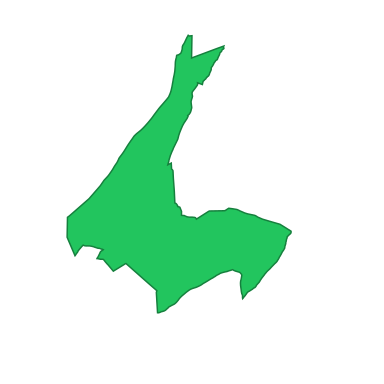 outline of Eldas, North-Eastern, Kenya, rotated 224°
{"feature_id": "3690345B40849356023427", "entity_name": "Eldas", "entity_type": "district", "adm_level": 2, "iso_a3": "KEN", "parent_name": "Kenya", "parent_adm1": "North-Eastern", "projection": "equal_earth", "projection_center": [39.451, 2.194], "detail": "fine", "context": "isolated", "style": "filled", "palette": "green", "viewbox_px": 384, "rotation_deg": 224, "n_neighbors": 0, "source": "geoboundaries", "source_scale": "gbopen_adm2", "svg_char_len": 5978}
<svg xmlns="http://www.w3.org/2000/svg" viewBox="0 0 384 384"><g transform="rotate(224 192 192)"><path d="M264.0,87.3L250.4,72.7L235.0,66.2L231.9,64.9L232.0,65.9L232.2,66.6L232.6,69.6L233.0,70.5L233.2,72.6L233.4,76.0L233.4,78.2L233.2,78.3L232.5,78.5L232.0,78.7L231.4,79.1L230.7,79.7L229.9,80.5L228.9,81.4L228.3,82.0L227.3,82.7L226.6,83.2L226.0,83.5L225.1,84.1L223.9,84.6L223.3,84.9L220.8,86.1L220.1,86.6L219.6,87.1L218.7,87.5L217.9,87.8L217.2,88.2L216.6,88.6L215.8,88.9L215.8,88.2L216.0,87.4L216.3,86.3L216.2,84.9L215.6,83.5L215.4,82.7L215.0,81.6L214.4,79.6L214.3,78.6L214.1,78.1L213.6,78.5L212.2,79.4L211.3,79.9L209.8,81.3L209.2,81.8L208.8,81.9L208.1,81.9L207.3,81.8L206.1,81.6L203.0,81.3L202.1,81.3L193.6,80.4L190.8,91.3L190.1,94.1L189.8,94.7L160.3,96.0L148.7,96.6L147.9,95.0L132.9,81.2L132.2,81.8L131.7,82.6L131.4,83.2L131.2,83.9L130.9,84.5L130.1,85.8L129.3,87.3L129.1,88.0L128.9,88.8L128.9,89.7L128.8,90.8L128.7,91.8L128.8,92.7L128.7,93.6L128.5,94.1L128.2,95.1L127.8,96.4L127.4,97.5L127.1,98.3L126.8,99.3L126.7,100.1L126.6,101.3L126.6,102.3L126.7,103.6L126.8,104.8L127.0,106.1L127.1,107.2L127.1,108.2L127.1,109.5L127.0,110.8L126.7,113.6L126.5,115.8L125.9,119.4L125.7,120.2L125.5,121.0L125.0,122.1L124.5,123.2L123.4,125.2L122.9,126.1L122.4,127.2L121.5,129.5L121.1,130.7L120.8,131.7L120.4,133.9L119.7,136.3L119.2,138.1L118.4,141.3L117.8,143.5L117.4,144.6L117.0,146.4L116.7,147.3L116.6,148.1L116.4,149.2L115.5,151.7L115.3,152.8L114.7,154.1L114.2,155.0L112.9,157.2L111.7,158.9L111.3,159.6L110.8,160.8L109.7,162.6L109.3,163.5L108.9,164.3L107.0,164.8L106.3,165.1L105.4,165.5L102.6,167.0L101.7,167.4L100.6,167.3L99.3,167.2L98.7,166.9L98.2,166.6L97.5,165.5L96.8,164.5L96.0,163.3L95.3,162.0L94.5,160.9L93.5,159.8L92.0,158.4L88.7,155.8L88.0,155.2L87.1,154.5L85.5,153.4L84.6,153.1L83.6,152.5L82.3,151.1L81.5,150.5L81.5,151.2L81.7,152.1L81.7,152.5L81.8,154.3L82.4,158.2L82.4,158.8L82.3,159.1L82.1,159.9L81.8,160.8L81.6,161.7L81.2,163.3L81.0,164.1L80.9,165.6L80.8,165.9L80.5,166.6L80.4,167.0L80.4,167.9L80.5,168.7L80.9,169.9L80.9,170.2L81.0,173.7L81.2,174.8L81.5,175.6L81.6,176.3L82.0,178.6L82.3,181.5L82.4,182.5L82.6,183.6L82.7,185.5L82.8,186.3L82.8,188.0L82.7,189.3L82.6,191.1L82.7,193.0L82.7,193.9L82.7,198.0L82.6,199.2L82.6,199.6L82.6,200.4L82.7,201.4L82.9,202.1L83.1,203.1L83.3,204.1L83.4,204.5L83.9,205.8L84.1,207.0L84.6,208.9L84.9,210.0L85.1,210.5L85.5,211.9L85.6,212.7L85.6,213.3L85.7,213.5L86.3,215.9L86.4,216.1L87.1,217.0L87.7,217.9L87.9,218.5L88.4,219.4L88.6,219.9L89.3,220.6L89.6,221.1L89.9,221.8L90.1,222.0L90.4,222.4L90.7,223.0L91.2,223.7L91.4,224.1L91.7,225.0L92.2,225.6L92.4,225.8L92.4,227.1L92.4,228.2L92.3,229.6L92.2,230.3L92.3,230.9L92.4,231.3L92.8,231.9L93.5,232.6L106.3,229.9L114.8,225.4L122.3,221.5L127.3,219.6L129.5,219.2L130.6,218.8L132.7,217.5L136.8,214.9L139.8,213.4L140.7,213.1L144.4,211.7L145.8,211.3L147.6,210.6L151.5,207.9L154.3,205.8L155.3,201.5L156.8,199.9L166.3,190.4L166.6,189.6L170.0,175.5L170.7,175.8L171.7,175.9L172.4,175.6L174.3,174.1L176.5,172.0L178.2,170.8L179.9,170.1L181.2,169.7L182.0,169.0L183.3,167.9L186.1,170.8L190.1,172.6L190.6,172.5L191.2,172.1L191.6,171.9L191.9,171.7L192.1,171.6L192.4,171.7L192.6,172.0L193.0,172.2L193.8,172.4L194.8,172.6L195.6,172.6L196.5,172.3L196.7,172.2L205.3,180.3L214.8,188.8L217.7,191.5L219.6,193.3L220.7,194.2L221.9,194.4L222.6,194.3L227.0,198.4L228.3,194.8L229.9,197.8L230.7,198.9L232.9,203.2L234.6,207.4L235.1,209.0L235.9,210.8L236.3,212.1L238.5,218.9L239.0,220.3L240.9,223.6L241.5,224.9L242.1,226.1L243.4,229.3L244.8,233.0L245.6,235.9L246.6,241.3L247.4,243.7L247.9,244.1L248.2,244.1L248.0,245.7L248.2,247.1L248.5,248.3L249.2,249.8L250.1,251.3L250.5,252.1L251.0,252.7L254.5,255.5L255.5,256.4L256.7,258.5L257.3,259.8L258.2,261.3L259.3,262.0L260.4,262.9L261.2,264.0L261.4,265.0L261.6,266.7L261.7,268.0L261.9,269.5L262.3,272.1L262.5,272.9L263.0,273.7L263.9,274.4L259.2,276.5L260.7,279.0L260.8,279.3L260.9,279.6L260.9,280.1L260.8,280.4L260.8,281.1L260.9,281.4L260.8,282.2L260.7,282.4L260.7,283.0L260.8,283.4L260.9,283.8L261.0,284.1L261.0,284.6L260.9,284.9L260.9,285.2L261.1,285.7L260.9,286.3L260.8,286.5L260.8,287.3L260.9,287.6L261.1,288.3L261.3,288.8L261.5,289.2L261.8,289.7L262.2,290.5L262.2,291.0L262.3,291.3L262.7,292.1L262.8,292.6L263.2,293.3L263.4,293.6L263.6,293.9L264.1,294.3L264.5,294.8L264.6,295.5L264.7,296.5L265.1,298.2L265.4,299.2L265.6,299.7L265.8,300.1L265.8,300.4L265.9,300.7L265.9,301.3L265.9,301.7L266.2,302.7L266.2,303.1L266.1,303.6L265.9,304.3L265.8,304.6L265.9,304.8L266.1,305.7L266.5,306.3L267.3,308.8L267.5,309.5L267.6,309.8L267.9,310.4L268.0,310.6L268.4,311.2L268.6,311.9L268.6,312.2L268.5,312.5L268.4,313.4L268.6,314.1L268.9,314.8L269.1,315.4L269.1,315.7L269.0,316.3L268.7,316.6L268.7,317.0L268.9,317.6L269.3,317.8L269.6,317.9L270.1,318.1L270.2,318.4L270.5,319.1L273.7,312.6L285.4,288.1L300.6,304.4L301.3,303.6L302.0,302.6L302.5,302.3L303.6,302.1L303.4,301.4L303.2,300.6L302.9,299.4L301.0,293.8L300.7,292.5L300.5,291.1L300.1,290.3L299.8,289.7L298.6,288.3L297.9,287.3L297.3,286.1L296.7,284.8L296.5,284.1L296.6,283.0L297.0,281.3L297.4,280.7L297.9,279.9L297.6,279.0L297.1,278.5L296.7,278.0L296.3,277.1L295.1,275.1L294.3,274.0L292.9,272.4L291.6,271.0L288.4,267.1L287.7,266.1L286.6,264.5L286.2,263.9L284.3,260.8L282.6,258.4L281.5,256.7L280.6,255.4L279.4,253.6L277.9,251.1L277.1,249.7L276.6,248.6L276.3,248.0L276.0,247.2L275.0,244.6L274.8,243.9L274.7,242.7L274.5,240.8L274.4,239.1L274.2,235.7L274.0,231.5L273.8,228.9L273.6,227.4L273.4,225.6L272.8,220.8L272.4,218.2L272.2,216.3L271.8,211.4L271.6,206.4L271.6,203.4L271.7,201.0L272.2,196.7L272.4,195.3L272.4,194.2L272.5,192.6L272.4,191.5L272.0,189.1L271.8,188.0L271.6,186.4L270.7,181.2L269.4,175.2L269.1,173.7L268.7,171.3L268.4,168.9L268.2,167.2L268.1,166.4L267.9,165.4L267.6,164.7L267.3,163.9L266.9,162.7L266.4,161.0L266.2,159.9L266.1,159.0L265.8,157.5L265.6,156.4L264.7,152.8L264.3,150.5L263.7,146.7L263.6,145.7L263.5,144.8L263.4,139.3L262.3,132.7L261.4,115.6L263.6,89.6L264.0,87.3Z" fill="#22c55e" stroke="#15803d" stroke-width="1.5"/></g></svg>